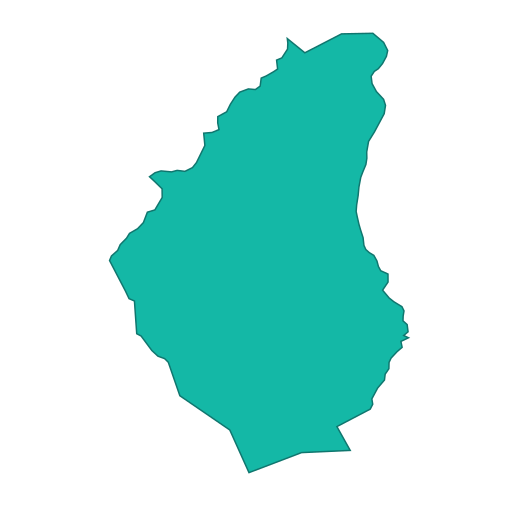 the district of Jardim do Seridó, Rio Grande do Norte, Brazil, rotated 86°
{"feature_id": "56859067B35401844693268", "entity_name": "Jardim do Seridó", "entity_type": "district", "adm_level": 2, "iso_a3": "BRA", "parent_name": "Brazil", "parent_adm1": "Rio Grande do Norte", "projection": "robinson", "projection_center": [-36.831, -6.598], "detail": "fine", "context": "isolated", "style": "filled", "palette": "teal", "viewbox_px": 512, "rotation_deg": 86, "n_neighbors": 0, "source": "geoboundaries", "source_scale": "gbopen_adm2", "svg_char_len": 1621}
<svg xmlns="http://www.w3.org/2000/svg" viewBox="0 0 512 512"><g transform="rotate(86 256 256)"><path d="M330.9,113.9L326.2,113.4L321.1,112.2L316.8,113.9L311.3,121.6L307.2,126.1L298.9,132.1L291.2,126.1L283.2,125.6L279.4,132.6L275.1,134.6L269.4,135.7L263.6,138.4L260.5,142.8L257.2,146.0L252.9,147.6L245.2,147.9L237.1,149.9L231.5,151.1L223.8,152.3L218.6,153.0L211.9,152.0L202.8,149.9L194.3,148.5L184.8,146.0L179.6,143.6L172.4,140.0L166.2,138.6L159.9,138.3L149.5,135.7L140.5,129.2L123.0,118.2L114.8,116.3L108.6,117.8L100.4,124.4L92.1,128.2L84.7,128.6L80.1,125.1L77.7,120.9L72.9,116.4L66.0,112.0L60.2,110.3L51.8,113.8L42.0,123.9L40.4,155.2L56.7,193.1L41.3,209.6L45.8,209.4L51.8,210.1L60.2,216.4L62.0,221.8L71.0,221.4L73.4,225.6L77.2,233.5L78.9,238.4L86.8,240.0L89.9,245.0L88.8,252.0L91.4,260.8L96.1,265.9L102.9,271.0L110.1,275.2L114.3,284.4L120.6,284.9L127.3,284.1L129.7,291.2L129.8,299.6L142.2,299.3L158.7,308.9L163.4,313.2L166.6,321.0L165.1,328.7L166.2,334.4L164.5,344.8L165.9,350.9L169.5,356.7L174.1,352.4L182.4,345.0L191.1,345.5L203.0,353.7L204.7,361.3L214.8,366.0L220.5,372.2L224.6,380.6L229.2,383.9L235.1,390.6L240.8,393.6L245.9,400.2L250.3,402.4L281.8,388.7L289.7,385.6L292.4,380.4L325.2,380.4L327.8,376.2L343.0,366.5L349.1,360.8L352.0,354.3L355.9,350.9L390.1,341.7L427.7,294.3L432.5,292.5L438.5,290.3L471.6,278.1L455.3,224.3L456.5,175.6L431.8,187.2L416.7,152.7L412.0,149.9L406.6,150.4L396.1,143.8L388.7,136.5L382.9,135.4L377.7,131.3L371.4,130.7L367.3,128.4L361.4,122.1L357.3,116.6L351.3,117.4L348.2,109.6L345.6,114.2L342.2,109.6L335.0,110.0L330.9,113.9Z" fill="#14b8a6" stroke="#0f766e" stroke-width="1.5"/></g></svg>